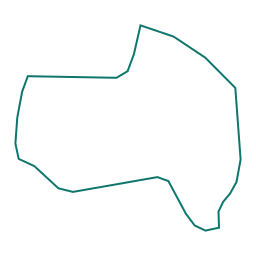 an SVG outline of Val-de-Marne
{"feature_id": "FRA-5350", "entity_name": "Val-de-Marne", "entity_type": "Metropolitan department", "adm_level": 1, "iso_a3": "FRA", "parent_name": "France", "parent_adm1": "", "projection": "orthographic", "projection_center": [2.475, 48.774], "detail": "fine", "context": "isolated", "style": "outline", "palette": "teal", "viewbox_px": 256, "rotation_deg": 0, "n_neighbors": 0, "source": "natural_earth", "source_scale": "10m", "svg_char_len": 433}
<svg xmlns="http://www.w3.org/2000/svg" viewBox="0 0 256 256"><path d="M140.5,25.4L173.6,36.6L205.2,57.6L235.3,87.9L240.6,159.5L236.5,181.9L230.1,193.5L223.1,201.9L218.5,211.6L219.0,227.7L205.4,230.6L194.6,225.4L185.8,213.6L168.4,181.1L157.4,177.1L72.9,191.9L58.4,188.3L34.3,166.1L18.7,158.9L15.4,143.5L17.3,117.5L22.2,91.5L27.8,76.2L116.5,77.8L127.6,71.2L133.9,54.2L140.5,25.4Z" fill="none" stroke="#0f766e" stroke-width="2"/></svg>